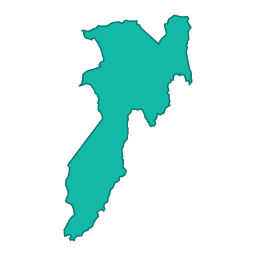 Porto Alegre do Tocantins, Tocantins, Brazil (Mercator projection)
{"feature_id": "56859067B35819047686555", "entity_name": "Porto Alegre do Tocantins", "entity_type": "district", "adm_level": 2, "iso_a3": "BRA", "parent_name": "Brazil", "parent_adm1": "Tocantins", "projection": "mercator", "projection_center": [-47.044, -11.55], "detail": "fine", "context": "isolated", "style": "filled", "palette": "teal", "viewbox_px": 256, "rotation_deg": 0, "n_neighbors": 0, "source": "geoboundaries", "source_scale": "gbopen_adm2", "svg_char_len": 3311}
<svg xmlns="http://www.w3.org/2000/svg" viewBox="0 0 256 256"><path d="M64.8,236.1L66.8,235.5L68.7,234.8L70.9,235.2L70.9,237.2L69.5,238.4L70.6,240.2L72.0,239.3L74.0,240.6L74.9,238.0L76.7,236.2L78.4,236.0L81.5,235.7L82.9,232.9L84.7,231.0L87.9,230.4L88.7,228.3L90.8,227.6L92.9,225.5L93.4,223.2L94.8,220.8L97.0,217.6L98.3,216.7L98.2,214.8L97.0,212.0L99.4,210.4L101.9,209.3L103.7,211.0L104.7,208.8L103.7,205.8L104.5,203.5L107.1,202.2L108.0,200.5L107.8,198.1L109.1,195.6L110.8,189.5L112.8,187.8L114.0,185.2L114.8,182.7L117.4,181.7L119.2,180.1L119.3,178.4L119.7,176.8L122.6,176.3L124.7,175.1L125.3,173.2L126.4,170.9L124.6,168.7L122.8,167.0L123.3,164.4L123.1,162.4L123.4,159.9L121.9,158.7L122.6,156.4L122.1,153.3L121.8,150.7L122.1,148.4L123.3,146.3L123.4,144.5L124.1,142.8L125.3,141.0L126.8,139.7L127.4,137.4L126.9,135.1L128.1,133.1L127.8,131.4L128.0,128.5L127.2,126.8L127.1,123.5L127.6,121.3L128.3,119.0L127.6,116.8L128.9,114.0L130.7,112.7L131.6,109.5L133.5,109.1L135.5,109.2L137.5,110.0L139.6,109.0L142.3,109.8L143.0,111.1L143.9,112.9L144.6,114.9L145.2,117.7L147.0,119.8L147.6,121.6L149.0,122.9L149.4,124.9L151.1,126.5L152.8,125.6L154.3,125.9L155.5,123.8L155.1,121.8L154.1,120.6L155.8,119.4L156.9,117.1L157.0,114.3L158.8,114.3L160.5,114.8L162.5,113.5L164.1,112.9L164.4,111.1L165.5,108.4L167.3,107.0L169.9,105.3L168.7,104.3L169.8,101.4L169.1,99.4L169.0,96.9L169.3,95.1L167.7,93.6L167.1,92.1L168.6,91.2L168.7,89.0L167.8,87.6L167.8,85.5L168.7,83.2L170.9,82.3L170.7,79.9L173.2,80.1L173.3,76.5L175.4,74.0L177.1,74.0L178.3,75.0L179.7,74.1L180.3,75.6L181.9,74.4L184.2,75.1L185.1,76.7L185.5,79.0L186.1,81.1L189.1,80.8L189.4,84.5L191.8,81.9L191.6,79.6L191.0,77.7L191.3,75.6L190.9,71.9L189.7,69.7L188.9,65.8L188.2,63.4L188.0,61.7L187.4,59.2L186.2,52.2L186.7,49.6L187.3,47.7L186.4,45.5L187.3,42.9L187.2,40.9L188.6,39.8L188.7,36.8L188.1,33.4L188.5,31.0L189.9,28.8L190.9,27.5L189.4,25.0L188.1,22.9L187.2,21.5L188.6,18.4L187.1,16.5L184.7,16.9L181.7,17.0L178.9,16.3L174.0,15.4L170.9,17.9L168.6,19.4L167.4,23.5L164.7,24.2L164.9,27.2L166.4,32.4L166.1,34.9L162.1,38.4L160.4,40.3L158.8,44.1L141.0,28.1L139.6,25.1L137.3,24.7L137.0,23.0L136.7,20.8L134.5,21.2L131.3,21.1L129.1,21.3L126.4,20.3L124.5,21.1L123.3,22.6L121.0,23.3L119.3,22.0L116.3,22.1L113.3,22.6L110.5,23.6L109.3,25.0L107.6,25.6L105.9,26.1L103.9,26.2L101.2,26.4L98.5,25.6L96.9,27.2L95.7,28.5L93.9,28.6L92.0,29.7L90.5,30.6L88.3,31.3L86.7,31.4L85.2,30.4L82.3,30.6L83.7,32.0L83.9,34.6L85.2,37.4L87.2,38.4L88.9,38.7L91.6,39.8L93.3,38.2L94.9,38.3L95.9,40.2L97.9,42.7L98.9,45.2L100.8,48.6L101.1,50.2L102.0,52.2L102.7,56.0L104.0,58.3L103.2,61.3L100.5,62.5L99.0,64.7L100.5,66.4L96.8,68.2L94.5,69.1L88.7,70.5L86.2,71.8L83.1,74.3L82.6,80.6L81.9,83.6L79.0,86.2L83.3,84.7L86.1,83.5L90.7,84.8L92.2,87.1L94.6,90.5L95.4,93.5L97.1,94.0L97.6,96.4L98.8,97.9L98.8,99.9L98.3,101.4L97.7,103.0L98.7,104.2L98.3,107.5L98.2,109.3L98.8,110.9L100.6,112.3L102.1,115.6L102.6,118.8L69.9,162.2L68.6,163.8L68.1,165.6L69.7,167.4L69.3,169.9L69.3,171.8L68.6,174.7L68.1,177.2L66.7,178.8L65.9,180.7L65.7,185.5L66.9,187.4L67.2,189.0L67.9,190.9L68.4,194.8L66.9,197.0L65.8,201.2L66.9,202.5L69.3,203.3L71.4,204.4L72.8,206.8L73.6,209.1L73.8,211.0L74.8,214.0L73.1,216.0L71.7,217.2L68.9,220.8L67.5,223.9L65.6,227.6L64.2,229.7L64.5,232.0L64.4,233.8L64.8,236.1Z" fill="#14b8a6" stroke="#0f766e" stroke-width="1.5"/></svg>